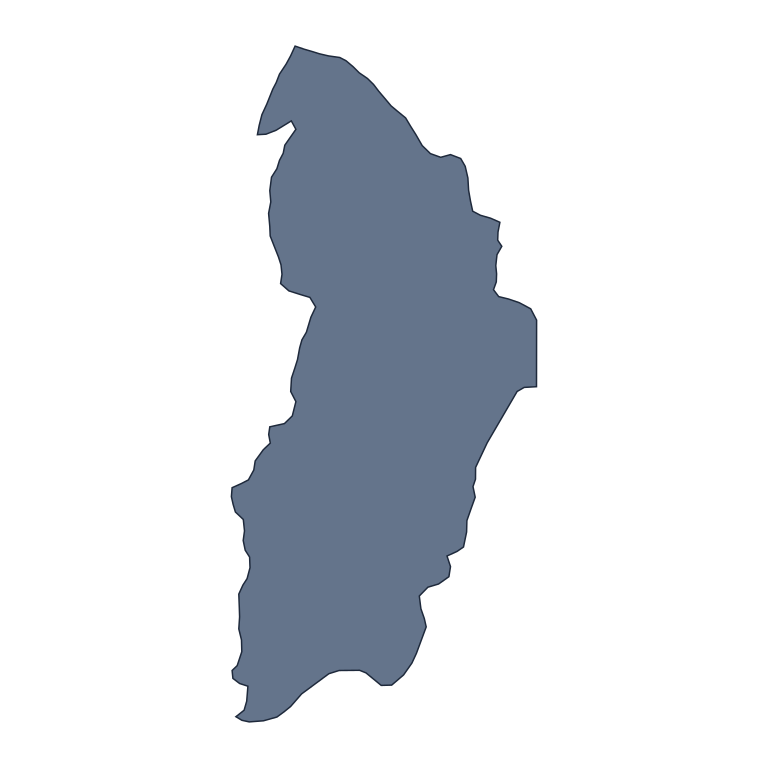 Ibirarema, São Paulo, Brazil
{"feature_id": "56859067B25335927627564", "entity_name": "Ibirarema", "entity_type": "district", "adm_level": 2, "iso_a3": "BRA", "parent_name": "Brazil", "parent_adm1": "São Paulo", "projection": "orthographic", "projection_center": [-50.087, -22.811], "detail": "fine", "context": "isolated", "style": "filled", "palette": "slate", "viewbox_px": 768, "rotation_deg": 0, "n_neighbors": 0, "source": "geoboundaries", "source_scale": "gbopen_adm2", "svg_char_len": 2045}
<svg xmlns="http://www.w3.org/2000/svg" viewBox="0 0 768 768"><path d="M295.1,46.1L290.6,55.9L286.2,64.0L279.5,74.1L276.2,82.6L272.8,89.1L266.8,104.1L261.9,114.7L259.2,125.3L257.4,134.7L266.0,134.2L276.2,130.2L291.3,120.9L295.9,129.3L289.6,138.3L284.8,145.2L283.2,153.3L279.5,160.3L276.9,168.7L271.5,177.2L269.8,190.6L270.8,201.9L268.6,213.4L269.8,226.7L270.2,236.0L274.2,246.2L278.4,256.8L281.0,264.8L282.0,274.3L280.6,283.6L288.9,290.9L300.6,294.6L309.9,297.4L315.7,307.0L310.9,317.2L306.4,332.2L301.9,339.9L299.7,347.7L297.5,359.6L294.9,367.9L291.5,378.1L290.7,391.5L295.9,401.6L292.3,415.9L284.4,423.6L269.8,426.8L268.7,434.5L270.3,443.1L263.4,449.6L255.2,460.9L253.8,470.0L248.4,479.9L241.0,483.7L232.1,487.7L231.4,496.7L233.1,504.3L235.4,512.0L243.3,519.5L244.5,530.9L243.2,540.5L245.2,550.2L249.6,557.1L250.0,567.7L247.1,578.6L242.9,585.1L238.8,594.1L239.3,607.4L239.6,616.9L238.8,628.9L241.5,640.0L241.8,651.7L237.2,665.6L232.1,670.5L232.9,678.4L239.6,683.5L247.9,686.2L246.7,701.2L244.1,710.2L235.9,716.7L241.9,720.3L249.2,721.9L263.5,720.8L277.0,717.0L284.7,711.3L290.7,706.4L301.6,693.9L328.9,673.7L339.1,670.5L359.6,670.3L366.0,672.9L381.2,685.4L391.7,685.1L403.6,674.9L411.9,663.1L416.4,653.4L426.2,626.9L424.3,618.5L420.9,608.7L419.3,596.0L427.9,587.2L438.6,584.0L448.9,576.7L450.5,566.6L447.0,556.0L457.1,551.4L463.5,547.0L466.6,532.0L466.9,520.6L471.0,508.9L475.2,497.2L473.0,486.6L475.5,479.2L475.6,467.4L487.2,442.8L517.1,391.5L524.2,387.4L536.5,386.7L536.6,320.1L530.7,308.8L519.3,302.7L508.5,299.0L498.7,296.6L493.5,289.7L496.3,281.9L496.6,273.9L495.8,265.6L497.0,254.7L501.8,246.3L497.7,240.2L498.0,232.1L499.9,222.3L490.6,218.2L480.5,215.3L472.7,211.2L470.5,201.1L468.6,190.2L467.9,178.0L465.2,166.3L460.7,158.5L450.5,154.6L440.7,157.3L430.4,153.6L422.2,145.6L415.8,134.5L410.5,126.1L405.6,117.9L396.7,110.6L391.1,105.9L385.9,99.7L378.7,91.2L373.5,84.4L367.5,78.5L359.2,72.8L353.2,66.8L346.1,60.8L339.8,57.5L328.5,55.9L319.5,53.8L312.1,51.5L304.2,49.2L295.1,46.1Z" fill="#64748b" stroke="#1e293b" stroke-width="1.5"/></svg>